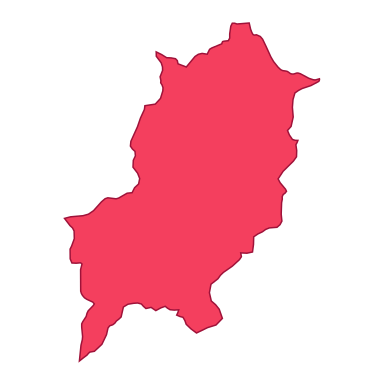 Louangphrabang, Albers equal-area conic projection
{"feature_id": "LAO-3289", "entity_name": "Louangphrabang", "entity_type": "Province", "adm_level": 1, "iso_a3": "LAO", "parent_name": "Laos", "parent_adm1": "", "projection": "albers", "projection_center": [102.548, 20.095], "detail": "fine", "context": "isolated", "style": "filled", "palette": "rose", "viewbox_px": 384, "rotation_deg": 0, "n_neighbors": 0, "source": "natural_earth", "source_scale": "10m", "svg_char_len": 2690}
<svg xmlns="http://www.w3.org/2000/svg" viewBox="0 0 384 384"><path d="M249.2,23.0L250.6,29.2L251.7,32.1L252.4,33.5L253.1,34.6L254.3,35.1L256.5,34.8L260.3,36.5L262.6,39.2L266.1,46.5L270.8,56.8L273.6,61.6L277.9,67.0L280.2,69.2L281.1,69.9L282.7,70.6L285.5,71.0L287.0,71.3L288.3,72.0L290.3,73.5L291.8,74.0L293.6,74.0L294.7,73.7L296.5,73.1L297.9,73.0L300.3,73.7L308.9,78.3L313.1,79.7L314.7,79.9L315.5,79.9L319.4,78.8L319.5,79.7L319.2,80.6L318.8,81.4L310.9,85.6L302.2,88.5L298.4,90.5L294.9,93.0L293.0,99.6L292.4,107.3L293.2,117.0L291.1,126.4L287.5,130.5L289.4,135.0L292.4,139.4L295.1,140.3L297.9,140.4L297.0,142.7L295.9,144.7L296.7,150.5L296.5,156.8L293.4,161.1L283.1,171.3L278.1,178.9L280.1,182.7L285.5,189.2L286.5,191.3L285.0,193.2L283.2,194.5L282.2,196.7L282.3,199.1L281.6,202.7L281.2,214.2L281.9,221.1L280.0,224.7L277.0,227.3L269.4,227.9L265.7,229.4L262.4,231.8L257.8,234.0L253.7,236.8L253.5,244.4L252.5,252.0L246.9,253.2L240.7,252.9L241.4,256.7L239.4,259.7L232.4,266.1L223.4,272.4L220.4,275.3L217.9,278.8L211.0,284.2L209.4,292.7L211.3,301.0L215.6,304.7L219.2,309.2L222.4,318.4L216.0,325.0L207.6,327.6L196.5,333.0L191.1,329.0L186.2,324.3L184.9,320.6L183.0,317.3L179.9,316.5L176.7,315.1L177.9,312.5L178.7,309.8L174.3,310.1L170.0,309.7L167.4,308.1L165.2,306.3L160.8,307.9L155.8,310.6L151.1,307.4L145.9,308.5L143.5,306.4L141.4,304.0L137.6,303.0L133.6,303.3L128.0,304.2L123.4,307.0L121.1,317.0L118.9,319.1L116.4,321.0L114.8,323.2L112.7,324.8L109.7,325.8L108.0,328.0L106.5,334.7L101.9,344.3L94.4,351.3L89.8,352.1L88.4,353.4L87.0,355.1L83.8,357.5L79.4,361.0L81.0,345.2L82.3,339.8L82.6,336.6L81.7,327.0L81.7,323.9L82.7,321.8L86.2,316.4L87.0,313.3L88.2,310.8L93.3,305.5L94.3,303.9L92.8,302.1L86.8,299.3L84.5,297.8L82.6,295.6L81.4,293.5L80.7,291.2L80.6,269.6L82.0,264.0L80.6,262.8L76.2,263.2L71.9,263.0L70.2,258.9L70.1,249.1L71.6,246.1L74.3,238.7L74.1,231.0L72.5,227.9L70.0,225.6L67.8,222.7L64.5,218.4L70.6,216.8L83.0,215.7L88.4,214.2L93.5,210.7L101.4,201.9L105.1,198.7L107.8,197.8L116.1,198.8L118.6,198.1L127.1,193.2L132.1,192.7L134.6,187.7L138.6,184.0L139.7,178.5L137.6,173.2L133.0,167.2L133.3,160.3L135.4,155.9L135.0,151.4L132.4,149.0L130.4,146.1L130.9,141.3L137.5,126.7L140.5,118.0L144.4,109.5L144.9,105.7L155.3,104.1L160.5,98.4L162.8,90.9L163.0,87.7L162.0,84.9L160.7,82.8L160.9,80.7L160.1,76.8L162.6,70.4L162.5,66.9L161.2,62.8L156.3,56.3L156.2,51.9L161.7,54.6L166.6,57.7L171.1,57.9L175.5,58.7L177.3,60.6L178.0,63.8L186.3,67.0L195.0,56.5L198.3,54.3L202.1,53.4L207.2,54.2L209.6,49.3L211.7,48.0L221.8,43.8L222.0,42.9L222.6,41.6L223.9,41.2L228.3,40.7L229.7,38.1L229.7,33.9L230.8,26.2L232.3,23.2L234.6,23.2L237.0,24.0L249.2,23.0L249.2,23.0Z" fill="#f43f5e" stroke="#9f1239" stroke-width="1.5"/></svg>